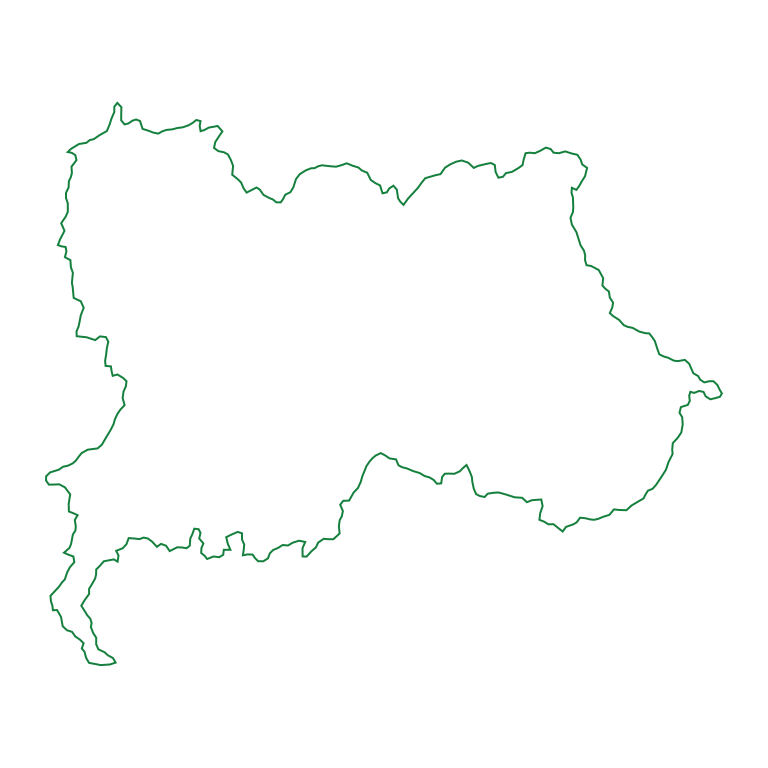 outline of Pedra Branca, Ceará, Brazil
{"feature_id": "56859067B74270575685273", "entity_name": "Pedra Branca", "entity_type": "district", "adm_level": 2, "iso_a3": "BRA", "parent_name": "Brazil", "parent_adm1": "Ceará", "projection": "robinson", "projection_center": [-39.867, -5.521], "detail": "fine", "context": "isolated", "style": "outline", "palette": "green", "viewbox_px": 768, "rotation_deg": 0, "n_neighbors": 0, "source": "geoboundaries", "source_scale": "gbopen_adm2", "svg_char_len": 6014}
<svg xmlns="http://www.w3.org/2000/svg" viewBox="0 0 768 768"><path d="M117.3,102.9L114.3,106.7L114.3,112.0L111.4,118.8L109.6,124.5L106.9,131.0L99.3,135.3L93.7,139.2L89.9,140.0L86.4,142.8L79.0,144.0L71.1,148.8L67.8,152.0L71.9,152.9L75.3,155.1L76.5,160.1L71.5,166.7L71.9,173.1L70.7,177.4L68.9,181.2L68.6,187.5L66.0,192.8L66.0,197.9L67.8,203.3L67.8,211.8L65.6,216.8L61.2,223.2L64.5,230.8L60.0,239.5L57.9,245.1L61.8,246.4L65.6,247.0L66.4,251.4L64.9,257.2L70.4,260.1L70.9,267.2L72.9,272.9L71.9,282.8L72.7,287.2L73.7,297.9L80.8,301.3L83.7,307.8L80.8,315.3L79.7,321.1L78.6,326.4L76.5,331.5L76.7,336.2L86.7,337.3L95.2,340.1L100.0,336.4L105.9,337.1L108.3,341.7L106.9,348.0L106.1,354.9L105.1,360.7L105.6,365.9L110.9,366.4L111.7,371.7L112.7,375.8L117.5,374.5L123.2,378.0L126.5,381.2L125.8,386.5L123.6,391.3L122.6,398.0L124.6,405.1L120.4,409.6L117.4,414.0L114.9,419.3L113.5,424.3L110.5,430.2L106.0,437.6L101.9,444.7L97.6,448.4L87.7,449.7L81.6,453.1L78.6,456.8L75.8,460.7L72.7,463.4L67.9,465.7L63.1,466.7L58.8,469.7L50.1,472.4L46.1,476.3L46.1,480.6L48.9,484.6L53.6,484.6L59.1,484.3L64.9,487.3L70.2,494.4L68.7,503.8L68.9,511.5L73.3,513.2L77.6,515.2L74.8,520.0L75.8,526.2L75.4,530.6L72.9,534.4L71.1,543.8L69.5,547.9L64.0,552.7L68.7,554.8L73.4,556.5L74.3,562.2L69.9,567.2L67.1,572.5L64.9,579.3L62.1,582.3L59.0,586.7L55.2,590.8L50.5,595.8L50.9,601.3L52.3,605.3L53.0,610.3L57.0,610.0L61.0,616.9L62.7,626.2L66.9,630.2L72.1,631.9L75.2,636.4L79.8,639.5L83.6,643.2L81.8,648.5L84.5,651.7L86.1,657.9L89.1,662.9L94.7,663.9L100.6,665.1L104.9,664.8L109.9,664.5L115.6,662.6L113.0,658.1L107.9,655.3L104.5,652.2L98.4,649.3L96.2,644.4L96.2,637.7L93.1,632.9L90.9,627.1L91.6,623.0L90.3,618.7L87.3,615.3L81.3,605.7L84.5,600.4L89.1,594.0L89.1,588.8L92.0,584.1L95.2,578.4L96.1,574.3L96.2,569.5L100.1,565.6L103.8,561.3L108.9,560.3L113.9,559.4L117.6,561.6L118.5,555.5L116.2,550.8L122.8,548.2L126.5,544.1L128.7,538.1L134.1,538.5L139.6,539.1L143.6,537.6L147.9,538.5L152.1,541.6L156.9,546.8L161.0,543.9L166.0,545.7L169.7,551.1L177.2,547.3L182.2,547.5L186.6,548.2L189.8,545.7L190.3,538.5L192.3,534.3L194.3,528.7L198.6,529.2L200.5,532.9L199.2,538.5L203.4,543.4L201.4,548.2L201.2,553.0L204.6,555.8L207.1,559.0L213.5,556.5L219.2,557.2L223.2,554.8L223.8,549.8L230.4,549.8L227.8,543.8L226.2,537.2L230.8,534.9L237.7,531.9L242.0,533.3L242.0,539.5L244.2,544.5L243.8,549.2L242.9,555.3L247.6,554.4L252.6,554.6L255.0,558.1L258.1,561.2L263.3,561.3L268.0,558.3L269.8,553.4L273.1,550.0L277.9,548.0L282.7,545.0L288.0,545.5L292.7,542.7L299.1,540.7L305.2,542.0L302.5,548.2L302.6,556.4L306.6,556.6L311.5,551.2L316.0,547.3L318.1,542.6L323.7,538.8L328.1,539.2L333.4,539.2L339.6,533.5L338.9,526.0L339.7,520.1L341.7,516.6L342.9,511.1L340.2,504.7L343.3,500.8L349.1,500.6L353.6,492.6L358.0,487.9L360.7,482.0L362.3,476.3L364.3,471.5L366.5,466.0L369.5,461.6L372.7,458.0L375.7,455.5L380.8,453.1L385.3,455.5L389.5,458.4L396.0,459.4L398.5,465.3L402.1,467.2L407.1,468.5L413.2,471.1L419.6,473.0L424.8,476.1L429.5,477.4L433.6,479.9L436.9,483.7L441.2,483.4L442.1,477.1L444.7,473.8L448.3,473.6L454.3,473.8L459.8,471.3L462.8,468.2L466.5,465.0L468.5,468.9L470.3,473.0L471.9,477.1L472.3,481.6L473.8,488.8L476.1,494.1L479.8,496.0L484.6,497.0L487.7,493.7L493.1,492.8L498.6,492.5L504.6,494.1L514.7,497.3L522.2,497.8L526.9,502.2L531.9,500.2L536.1,499.9L541.3,499.5L542.6,506.2L540.2,513.2L539.4,519.8L544.2,521.7L548.4,524.3L553.5,524.2L558.3,528.1L562.7,531.5L566.0,526.9L573.4,524.3L576.7,522.3L580.1,517.7L585.2,518.2L590.2,519.4L594.1,519.8L598.1,518.9L603.2,516.8L609.5,514.8L613.9,509.4L619.5,510.0L626.4,510.2L631.7,505.4L639.1,501.0L643.5,498.5L645.7,494.2L647.9,490.7L652.6,488.8L656.1,484.8L660.5,478.3L666.0,469.7L668.4,462.3L672.6,454.0L672.2,449.5L672.8,443.1L677.7,437.8L681.3,432.5L682.7,424.6L682.2,417.2L679.5,412.8L680.9,407.1L687.8,404.9L689.8,400.8L689.2,395.7L690.4,391.8L694.1,392.9L699.1,391.0L703.5,391.9L705.7,396.4L710.4,399.3L715.0,398.2L719.9,396.8L721.9,393.4L719.7,389.8L717.4,385.0L713.6,381.3L709.4,381.2L704.3,382.4L700.1,379.6L698.2,376.1L693.3,373.2L689.2,363.8L684.9,359.9L677.9,361.1L674.0,360.7L668.0,357.7L663.8,356.5L659.3,354.3L657.5,349.4L654.9,341.2L652.3,337.3L649.2,333.4L645.4,333.2L639.1,331.5L632.7,327.9L627.4,326.8L623.7,325.1L619.1,319.9L613.0,316.0L609.8,313.1L612.3,307.4L613.1,302.7L609.8,297.5L608.9,291.5L605.6,289.0L602.4,285.5L603.2,278.2L598.7,270.0L591.1,266.0L586.5,265.2L585.0,259.9L585.2,255.5L584.0,250.7L580.6,245.4L576.4,232.1L571.9,224.6L570.5,217.8L572.9,212.1L573.3,207.5L572.9,197.4L571.5,192.6L571.9,187.8L576.4,189.9L579.4,185.7L581.6,181.6L585.0,176.3L587.1,167.9L582.2,164.4L580.6,159.6L577.4,154.8L572.1,153.6L565.1,151.4L559.0,153.2L553.6,152.7L550.7,149.1L545.9,147.6L540.4,150.7L534.9,153.2L529.5,152.7L525.6,153.2L523.6,159.8L522.6,165.0L518.4,168.1L511.9,171.9L506.0,173.1L502.9,176.8L498.4,177.7L495.6,171.9L494.8,165.0L490.9,163.0L485.9,164.0L478.0,165.9L473.8,167.9L468.1,162.6L461.8,160.5L456.2,161.7L450.6,164.2L445.1,167.6L440.5,174.1L434.8,175.4L425.3,178.2L421.6,182.7L418.2,187.5L413.6,192.6L408.1,198.5L403.5,204.9L400.3,201.7L398.1,198.3L396.8,189.6L393.4,185.7L389.2,188.5L386.9,192.3L382.5,193.3L380.1,185.5L375.2,183.0L370.8,180.0L367.2,172.7L361.7,170.4L358.4,167.5L352.8,165.8L346.7,163.3L341.1,165.3L336.0,166.7L330.8,166.3L321.9,165.3L318.3,166.2L314.7,168.1L311.0,168.3L305.9,170.3L299.7,174.2L296.0,179.1L294.6,183.4L293.3,187.4L290.4,192.2L285.3,194.7L283.0,199.2L280.7,202.4L276.3,202.3L272.8,199.4L269.4,198.1L263.4,194.8L259.8,189.6L256.5,187.5L246.6,192.6L243.5,188.1L241.1,182.5L237.9,179.3L232.2,174.7L233.1,165.9L231.0,160.3L228.0,154.5L224.0,152.3L218.3,151.1L214.0,147.9L215.3,142.0L220.1,134.7L222.4,131.4L217.7,126.0L208.8,127.6L204.2,130.1L200.6,131.2L199.7,126.0L200.5,121.1L196.3,120.0L192.5,123.0L188.5,125.3L182.8,127.3L177.3,128.0L172.1,129.4L166.6,129.9L162.6,131.2L158.2,133.6L153.3,132.6L148.4,130.7L142.6,128.9L140.0,121.0L136.1,119.5L132.4,120.7L128.3,123.5L124.6,124.4L121.2,120.4L121.2,114.9L121.4,107.2L117.3,102.9Z" fill="none" stroke="#15803d" stroke-width="2"/></svg>